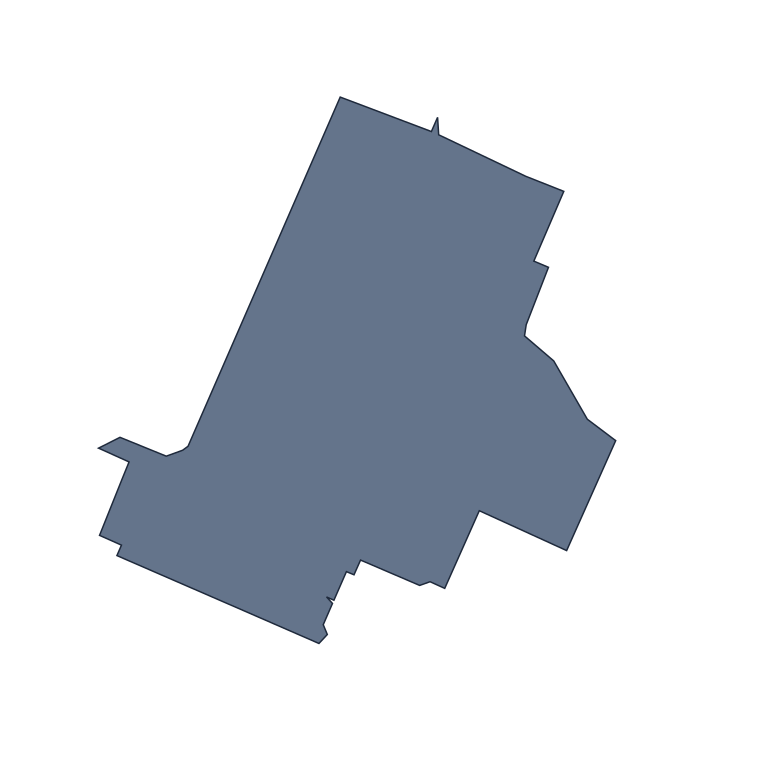 outline of Bullock, Alabama, United States of America, rotated 294°
{"feature_id": "52423323B93681408672805", "entity_name": "Bullock", "entity_type": "district", "adm_level": 2, "iso_a3": "USA", "parent_name": "United States of America", "parent_adm1": "Alabama", "projection": "natural_earth1", "projection_center": [-85.782, 32.093], "detail": "fine", "context": "isolated", "style": "filled", "palette": "slate", "viewbox_px": 768, "rotation_deg": 294, "n_neighbors": 0, "source": "geoboundaries", "source_scale": "gbopen_adm2", "svg_char_len": 639}
<svg xmlns="http://www.w3.org/2000/svg" viewBox="0 0 768 768"><g transform="rotate(294 384 384)"><path d="M190.6,183.4L130.0,185.7L130.0,209.7L118.6,209.8L119.7,330.1L120.5,430.1L132.1,434.1L139.4,426.4L162.6,426.2L166.1,418.1L166.1,426.2L197.3,426.0L197.5,434.2L213.6,434.2L214.5,498.5L222.1,506.5L222.0,522.6L307.0,522.6L306.1,618.6L426.5,618.7L434.5,584.1L474.1,529.7L485.1,492.8L496.0,489.8L557.5,486.8L557.2,470.9L633.1,469.9L631.4,429.1L633.9,332.6L649.4,324.5L633.9,324.6L628.3,227.3L247.4,230.3L241.6,227.0L229.5,214.4L227.9,164.5L209.3,149.3L209.1,182.8L190.6,183.4Z" fill="#64748b" stroke="#1e293b" stroke-width="1.5"/></g></svg>